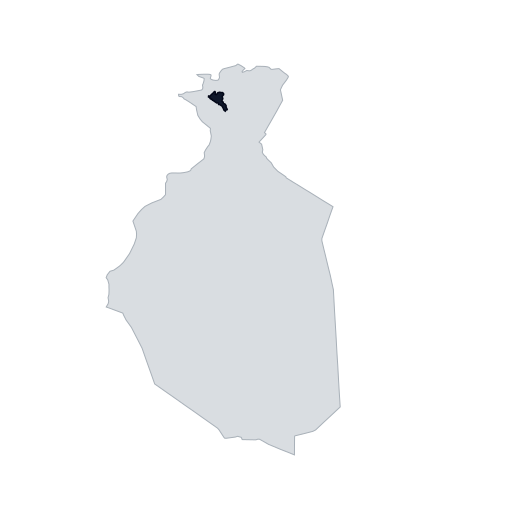 Boboye, Dosso, Niger shown in context, rotated 122°
{"feature_id": "23599985B30838539224942", "entity_name": "Boboye", "entity_type": "district", "adm_level": 2, "iso_a3": "NER", "parent_name": "Niger", "parent_adm1": "Dosso", "projection": "natural_earth1", "projection_center": [2.857, 13.176], "detail": "fine", "context": "in_parent", "style": "filled", "palette": "ink", "viewbox_px": 512, "rotation_deg": 122, "n_neighbors": 0, "source": "geoboundaries", "source_scale": "gbopen_adm2", "svg_char_len": 3920}
<svg xmlns="http://www.w3.org/2000/svg" viewBox="0 0 512 512"><g transform="rotate(122 256 256)"><path d="M378.6,356.0L374.7,356.1L372.5,356.9L369.7,359.4L366.5,360.4L362.7,362.6L360.2,364.3L357.9,365.7L354.8,369.1L353.8,371.6L350.7,372.2L346.3,371.7L343.4,369.1L336.9,366.4L332.7,365.3L330.8,365.0L320.9,364.5L310.3,365.6L304.9,366.9L304.0,367.1L300.9,368.8L298.4,370.6L291.6,378.9L282.5,378.6L277.2,377.7L272.7,376.4L266.2,372.5L258.3,366.6L255.2,365.8L252.5,365.3L251.6,365.4L242.2,371.3L240.3,371.2L238.1,371.8L236.7,373.3L235.6,374.0L234.5,374.1L233.0,373.8L231.5,372.9L230.1,371.3L226.1,364.7L225.3,363.6L223.7,361.6L220.9,358.6L219.0,357.2L217.8,356.8L216.4,357.1L208.9,354.5L201.3,351.7L199.6,352.1L198.4,352.6L195.8,354.7L192.8,355.0L188.8,354.9L186.7,354.6L183.2,355.3L180.9,356.1L177.9,357.5L174.0,361.2L172.9,361.7L171.9,362.3L170.6,372.6L169.6,375.7L167.6,379.8L163.7,383.7L161.0,386.0L160.9,389.2L160.7,394.4L160.7,398.0L160.9,400.3L160.4,401.5L160.3,402.5L160.4,404.0L161.0,404.7L161.4,405.7L161.2,406.4L159.9,407.4L158.5,405.0L156.7,403.4L154.7,402.6L153.4,401.5L152.7,399.8L150.1,396.6L144.2,390.2L143.6,390.0L142.6,389.8L140.9,390.6L139.9,391.6L139.2,392.0L138.1,392.1L135.2,392.9L133.0,393.9L132.9,394.8L134.0,399.6L133.5,402.2L132.5,401.0L129.2,396.1L127.0,392.5L126.6,391.7L126.2,390.4L126.5,389.9L127.4,389.5L129.4,389.0L129.8,388.7L129.9,387.7L129.6,385.8L128.5,383.3L127.3,381.7L126.6,381.3L125.4,381.3L124.0,381.5L121.5,383.5L120.4,383.9L117.8,383.8L115.4,383.4L114.0,382.3L109.8,378.3L105.2,374.0L103.3,373.4L102.8,373.0L102.5,369.7L102.6,365.7L102.9,364.7L104.8,365.3L106.9,365.6L107.5,364.9L105.9,363.5L103.5,362.1L102.6,359.9L102.0,359.2L100.9,358.4L99.7,358.0L98.5,357.4L97.6,356.8L96.2,356.5L94.8,356.1L92.7,352.6L90.7,349.2L89.5,346.5L89.1,344.9L89.7,342.2L89.1,341.1L86.8,338.3L84.9,335.8L85.4,331.8L85.8,328.4L85.8,326.3L86.1,325.2L86.4,323.8L87.6,323.4L90.8,323.4L97.1,324.0L102.1,323.4L102.3,323.2L105.9,319.7L109.8,315.9L115.6,315.6L122.0,315.2L127.0,315.0L134.2,314.7L140.1,314.5L146.9,314.2L147.1,312.4L147.5,312.0L148.2,312.0L153.1,312.9L157.8,313.8L158.2,310.5L162.3,306.5L164.6,305.7L165.2,304.9L165.9,303.6L166.4,301.5L166.6,299.9L167.5,298.7L168.1,296.4L168.9,292.4L171.2,288.2L172.6,282.4L172.8,276.9L173.0,272.7L173.7,271.8L173.7,264.3L173.6,256.8L173.6,250.5L173.5,242.5L173.5,235.6L173.5,228.1L173.4,221.3L173.4,216.8L178.1,215.8L183.0,214.7L190.2,213.0L197.9,211.3L206.3,209.4L208.2,208.2L214.6,201.7L217.4,198.8L223.1,193.0L227.5,188.5L233.0,182.8L238.9,177.1L243.6,172.5L251.0,167.3L262.1,159.5L273.2,151.6L284.2,143.8L295.3,136.0L306.3,128.1L317.4,120.3L328.4,112.5L339.4,104.6L350.6,107.6L361.3,110.5L372.0,113.3L374.6,114.9L380.4,120.4L387.8,127.6L388.1,127.7L388.5,127.7L395.4,123.5L404.3,118.0L407.0,132.9L409.1,145.6L409.4,153.7L409.5,155.8L410.3,157.3L412.0,158.7L419.0,170.4L417.6,172.4L418.7,176.1L420.5,177.6L426.3,184.6L427.1,186.0L426.8,187.1L423.0,195.3L422.4,197.3L421.8,207.8L421.4,215.2L420.8,225.3L420.2,237.5L419.6,247.7L418.9,261.3L418.2,274.1L412.6,281.1L402.7,293.6L394.6,303.7L390.5,310.5L382.6,323.8L379.1,332.3L376.4,336.8L375.0,338.7L376.3,345.0L378.6,356.0Z" fill="#d9dde1" stroke="#a8b0b8" stroke-width="1"/><path d="M138.3,378.1L139.6,378.7L140.6,378.7L141.4,379.0L143.0,379.5L144.6,379.6L145.1,380.5L145.4,381.0L146.3,380.6L146.3,379.2L146.3,378.7L146.8,378.4L146.8,376.9L146.4,376.7L147.0,375.3L146.7,374.5L146.7,374.1L146.9,373.9L147.0,371.2L147.1,370.6L146.4,369.5L146.4,368.9L147.3,368.0L146.8,367.0L146.9,364.2L148.4,361.6L148.7,361.3L149.2,360.7L149.5,358.8L147.7,358.7L147.2,358.0L146.8,358.1L146.5,358.8L145.4,360.6L144.6,360.7L143.6,362.4L143.7,363.5L143.8,364.4L143.5,365.1L142.9,365.3L142.8,367.1L140.2,367.5L138.5,369.3L136.4,368.9L135.5,369.5L135.1,370.9L136.1,372.6L136.2,373.4L137.7,374.9L139.1,374.9L140.4,375.3L140.5,376.3L140.0,376.3L138.5,377.4L138.3,378.1Z" fill="#0f172a" stroke="#020617" stroke-width="1.5"/></g></svg>